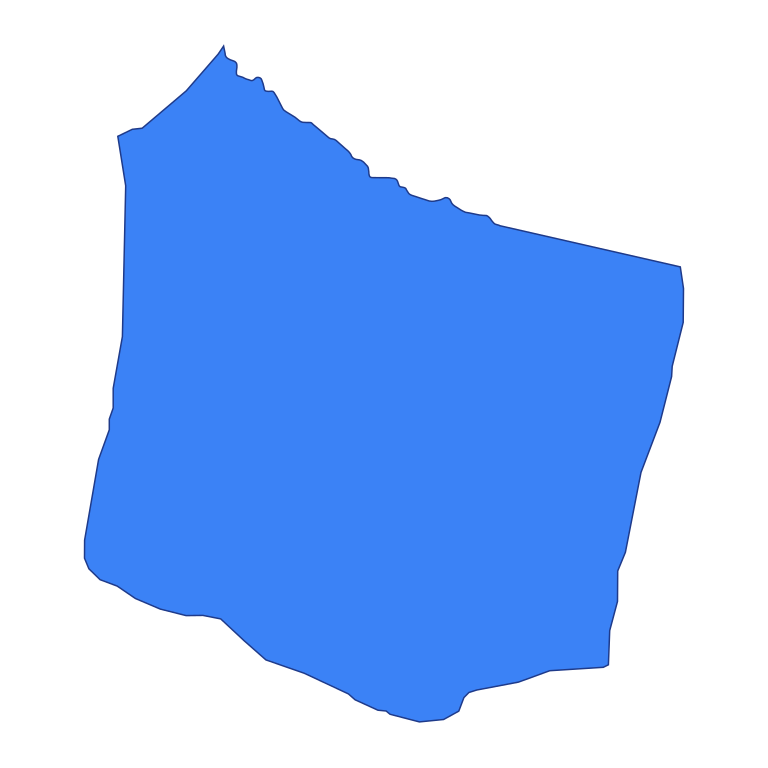 outline of San Pedro Necta, Huehuetenango, Guatemala
{"feature_id": "79465075B78521623494839", "entity_name": "San Pedro Necta", "entity_type": "district", "adm_level": 2, "iso_a3": "GTM", "parent_name": "Guatemala", "parent_adm1": "Huehuetenango", "projection": "orthographic", "projection_center": [-91.759, 15.532], "detail": "fine", "context": "isolated", "style": "filled", "palette": "blue", "viewbox_px": 768, "rotation_deg": 0, "n_neighbors": 0, "source": "geoboundaries", "source_scale": "gbopen_adm2", "svg_char_len": 2478}
<svg xmlns="http://www.w3.org/2000/svg" viewBox="0 0 768 768"><path d="M608.4,664.8L609.7,630.6L617.5,601.4L617.7,571.0L625.4,552.3L641.0,472.4L660.0,422.3L671.6,376.6L672.2,366.3L683.2,322.4L683.5,288.5L680.3,266.9L499.8,225.7L498.9,225.2L497.0,224.7L495.1,224.1L494.0,223.3L492.9,222.1L491.5,220.4L490.3,218.6L489.3,217.5L487.5,216.0L486.3,215.5L483.4,215.4L479.4,215.0L469.7,213.0L465.5,212.3L462.9,211.1L461.2,210.2L457.8,208.0L454.6,206.0L453.0,204.7L451.8,203.3L451.3,202.3L450.2,199.9L449.2,198.8L447.5,197.8L445.7,197.6L444.8,197.8L442.6,198.9L440.8,199.7L438.5,200.3L434.1,201.2L431.7,201.3L429.3,201.0L427.7,200.5L424.7,199.5L421.8,198.6L415.8,196.6L411.7,195.3L409.7,194.3L408.7,193.4L407.8,192.0L406.6,190.1L405.8,188.5L405.0,187.9L403.9,187.5L402.0,187.1L400.3,186.8L399.7,186.3L399.1,185.7L398.6,184.4L398.1,182.9L397.5,181.2L396.8,180.0L395.8,179.1L394.5,178.5L391.7,178.2L389.4,177.8L386.3,177.7L380.2,177.7L372.1,177.6L370.6,177.3L369.8,176.6L369.4,175.9L368.9,173.8L368.8,171.7L368.3,168.0L367.6,166.4L363.6,162.1L361.3,160.5L359.6,159.9L356.1,159.4L354.4,158.8L352.7,157.7L351.6,156.3L350.9,154.6L349.9,153.1L348.4,151.3L344.8,148.2L339.4,143.4L336.3,140.6L334.6,139.5L332.7,139.0L330.7,138.7L329.2,138.0L327.7,136.8L323.4,133.1L315.7,126.6L313.5,124.8L311.6,123.0L310.8,122.6L309.3,122.5L306.6,122.5L302.7,122.3L301.1,121.8L299.4,120.8L297.7,119.4L295.1,117.3L286.0,111.7L283.6,109.9L282.5,108.2L276.8,97.0L274.1,92.6L273.0,91.5L271.9,91.2L268.3,91.4L266.0,91.1L265.0,90.6L264.5,89.9L264.3,89.0L263.9,87.1L263.1,83.8L261.8,80.1L261.1,78.7L259.9,77.8L258.4,77.4L257.4,77.4L256.4,77.6L255.4,78.3L253.8,79.8L252.4,80.5L251.2,80.6L250.0,80.2L248.7,79.7L247.1,79.3L245.5,78.7L243.9,77.9L242.8,77.3L240.2,76.5L237.9,75.8L237.2,75.3L236.6,74.5L236.4,73.3L236.4,71.2L236.9,67.4L236.9,65.0L236.5,63.3L235.7,62.3L234.8,61.5L233.4,60.9L230.3,59.8L228.0,58.6L226.8,57.7L225.9,56.6L225.3,55.2L225.1,53.4L224.5,50.4L223.8,47.1L223.6,46.1L218.1,54.2L186.3,90.8L142.2,128.2L132.3,129.3L117.8,136.3L125.7,185.8L122.4,336.6L113.2,388.3L113.2,408.0L109.3,419.1L109.3,429.8L98.6,459.4L84.6,540.2L84.5,558.2L88.9,568.8L100.1,579.7L117.2,586.1L135.4,598.5L160.3,609.1L186.1,615.6L202.9,615.4L220.7,618.9L244.2,640.8L265.9,659.9L304.1,673.2L348.4,693.9L355.1,699.8L377.9,710.2L386.1,711.0L390.1,714.3L419.4,721.9L443.6,719.5L458.8,711.1L463.9,697.6L468.9,692.5L476.8,690.0L518.5,682.1L549.8,670.7L603.3,667.3L608.4,664.8Z" fill="#3b82f6" stroke="#1e3a8a" stroke-width="1.5"/></svg>